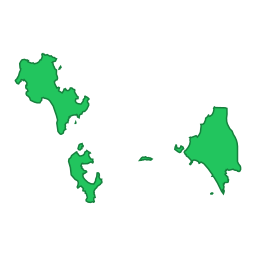 the district of Preah Sihanouk, Krong Preah Sihanouk, Cambodia
{"feature_id": "14789045B14640150427480", "entity_name": "Preah Sihanouk", "entity_type": "district", "adm_level": 2, "iso_a3": "KHM", "parent_name": "Cambodia", "parent_adm1": "Krong Preah Sihanouk", "projection": "robinson", "projection_center": [103.359, 10.662], "detail": "fine", "context": "isolated", "style": "filled", "palette": "green", "viewbox_px": 256, "rotation_deg": 0, "n_neighbors": 0, "source": "geoboundaries", "source_scale": "gbopen_adm2", "svg_char_len": 5680}
<svg xmlns="http://www.w3.org/2000/svg" viewBox="0 0 256 256"><path d="M232.1,131.1L229.7,128.6L227.5,124.3L226.7,121.6L226.5,118.1L227.0,114.2L226.9,108.4L225.1,107.8L215.4,107.6L214.4,107.0L213.6,108.4L214.0,109.1L213.4,112.1L212.1,114.7L210.1,116.2L209.6,116.3L209.0,116.0L208.6,115.1L208.3,115.3L207.6,116.6L205.7,118.2L205.5,120.0L204.1,123.3L203.0,124.2L200.8,124.4L201.1,125.3L201.1,126.4L200.4,132.2L199.3,134.5L197.4,137.1L196.1,135.7L191.3,137.5L190.4,137.2L189.8,137.5L190.2,137.8L190.0,140.3L190.3,141.6L189.6,144.7L188.1,147.5L186.0,150.2L184.8,151.0L184.2,152.2L185.3,154.3L186.0,154.4L186.2,155.6L186.6,156.1L188.1,157.0L191.1,160.3L191.3,161.0L191.0,162.4L189.7,164.0L190.1,164.5L190.4,164.6L190.9,164.2L191.4,163.0L192.2,162.5L192.7,160.5L194.0,160.0L196.8,160.6L196.9,160.9L198.4,161.6L199.1,163.3L199.7,163.1L200.1,162.5L201.2,162.1L203.9,163.7L208.3,168.8L212.7,175.0L212.1,176.2L212.9,176.1L214.0,177.2L217.5,183.0L221.5,191.2L223.4,193.8L224.1,191.6L224.1,190.4L223.7,189.9L223.1,190.8L222.8,190.7L222.6,189.8L223.6,188.9L224.0,186.8L223.5,185.6L223.5,184.1L223.9,184.4L224.6,182.6L227.8,182.3L228.2,181.7L228.4,180.3L227.9,180.0L228.4,179.5L227.9,178.8L227.7,176.9L226.7,176.4L226.6,175.7L226.0,175.5L225.1,174.4L225.1,174.0L226.3,173.4L225.3,171.4L225.7,170.4L226.3,170.5L226.4,169.6L227.1,169.8L227.6,169.3L228.3,170.1L229.1,170.2L233.1,169.2L234.3,170.0L237.3,170.6L237.7,171.2L239.0,171.5L239.8,171.1L240.6,169.5L240.6,167.7L240.3,166.2L238.6,164.0L237.5,161.7L237.5,146.3L237.1,143.0L236.4,140.3L235.1,137.3L233.4,134.5L232.1,131.1ZM43.4,54.3L42.9,53.6L41.9,54.2L42.3,56.9L41.0,59.9L40.2,59.9L38.9,61.9L37.0,63.1L34.2,63.8L33.3,62.9L31.4,63.2L28.0,61.8L28.4,60.6L27.4,60.6L27.5,60.2L27.1,59.9L26.0,60.1L24.6,59.4L22.1,59.8L20.8,61.4L19.7,63.6L20.1,68.1L20.7,68.5L20.4,70.6L19.7,71.9L18.5,76.1L17.4,77.7L17.5,78.2L15.4,80.3L15.4,80.8L16.9,83.2L18.3,83.9L18.7,83.8L19.5,82.3L21.0,81.3L20.9,80.3L21.4,79.6L22.8,79.9L23.4,80.6L23.9,80.5L24.2,79.7L26.4,82.0L27.0,83.2L26.7,84.3L26.9,85.1L26.7,85.5L25.9,85.4L25.8,87.4L26.2,88.6L27.1,88.9L28.0,91.1L26.4,92.1L26.1,93.9L26.7,95.2L28.3,96.3L29.7,97.8L30.4,100.0L30.9,100.4L34.5,102.1L37.1,102.8L39.9,102.8L40.8,101.2L41.7,100.2L41.7,98.1L43.4,97.5L44.1,98.1L46.2,98.5L48.3,99.4L49.9,100.9L53.2,106.0L56.4,115.4L57.6,120.1L56.8,123.0L58.0,131.4L59.7,133.6L60.6,134.2L61.6,134.1L63.3,133.0L63.6,131.3L64.2,130.2L65.8,129.2L65.1,127.9L65.5,126.3L65.1,124.7L66.0,123.2L66.9,122.6L67.9,122.6L67.8,122.0L68.5,120.1L68.2,119.8L69.0,118.1L69.7,117.5L69.1,117.2L69.2,116.7L72.5,115.3L74.2,114.9L75.6,115.0L76.6,114.4L76.9,114.5L77.1,114.9L76.6,114.9L77.2,115.6L77.6,117.0L79.1,117.8L79.5,115.3L79.9,114.7L81.1,114.0L81.7,114.1L82.6,112.0L83.5,111.5L84.7,111.4L86.8,109.2L88.7,105.2L88.6,103.6L87.5,102.3L87.4,100.6L89.0,99.0L87.7,97.6L85.1,96.2L84.8,96.4L85.0,97.3L84.5,98.3L83.3,99.6L83.2,101.2L80.9,104.1L78.2,103.7L76.6,103.0L75.5,101.6L75.4,100.6L75.8,98.9L78.0,98.6L78.1,96.9L77.1,96.3L74.8,92.4L74.5,91.8L74.8,90.5L74.6,89.6L73.4,89.4L72.0,88.1L70.9,87.9L70.2,88.1L69.8,89.4L68.5,90.5L67.2,90.6L66.0,90.0L66.0,89.4L65.4,88.8L65.1,89.4L64.6,89.4L64.4,89.0L64.1,89.1L63.4,91.1L62.1,92.9L58.6,90.8L59.4,87.8L58.6,87.3L56.9,88.0L54.8,83.9L54.5,82.5L54.4,81.4L55.2,80.9L55.8,80.1L57.0,79.8L57.5,78.6L57.4,77.0L56.4,74.3L56.5,70.0L54.9,68.9L54.7,68.1L54.3,67.8L54.3,67.1L53.4,65.6L52.8,62.9L52.2,62.5L53.0,61.8L55.4,61.1L56.5,58.8L55.1,58.3L54.6,57.6L52.8,57.4L51.1,55.8L49.9,56.2L47.2,54.6L45.7,55.2L45.1,54.9L44.8,55.0L44.4,54.3L43.4,54.3ZM89.0,152.2L86.8,150.5L86.5,151.1L85.0,152.0L84.3,154.0L83.1,155.2L81.2,155.9L79.8,156.0L78.9,155.3L77.9,153.8L77.1,153.4L76.9,152.0L76.4,151.9L71.6,155.6L70.7,157.7L69.0,159.0L68.6,161.3L70.4,167.6L71.2,174.9L75.1,179.4L77.7,180.8L78.3,182.8L78.0,184.9L77.2,187.0L77.9,188.0L79.9,186.4L81.1,186.1L83.4,188.6L82.9,190.2L83.0,190.8L85.2,191.2L85.4,191.7L85.2,193.1L86.3,193.6L87.3,197.3L87.2,198.0L86.1,199.7L86.2,200.9L88.1,202.1L90.5,202.4L92.7,201.7L93.5,202.2L94.2,201.8L94.3,201.5L93.7,199.6L93.8,198.5L94.1,197.5L95.1,197.4L94.4,194.4L93.9,193.9L94.2,192.9L94.1,192.2L93.8,192.1L93.9,191.3L95.2,188.9L96.7,187.6L97.3,186.3L100.3,184.3L100.9,183.3L101.8,182.7L101.9,181.9L101.5,180.4L101.6,179.3L100.5,179.5L99.3,177.8L98.9,176.5L99.4,175.9L99.1,175.0L99.3,174.2L98.7,173.2L98.0,172.8L97.1,173.0L96.8,176.4L95.7,179.3L95.5,181.1L93.8,184.0L90.9,183.8L87.8,182.3L84.8,179.5L83.3,177.5L82.8,175.5L83.2,174.5L83.0,174.3L83.2,173.5L84.5,173.5L86.7,171.9L86.2,171.0L83.9,170.4L83.0,169.5L82.9,168.9L81.7,168.2L82.0,167.0L81.2,166.6L80.9,165.7L81.4,165.1L81.7,163.8L82.3,163.3L83.1,163.5L83.2,163.8L87.7,163.6L90.5,162.1L91.6,162.1L92.4,162.9L92.8,162.8L93.2,161.9L92.6,160.3L92.8,159.3L90.8,159.0L89.0,156.3L88.7,155.1L88.9,153.4L90.3,153.0L89.9,152.4L89.0,152.2ZM179.5,148.3L177.0,148.1L177.1,147.7L176.6,146.9L176.4,145.2L176.1,145.0L175.2,147.0L174.8,149.3L178.0,151.7L179.6,152.5L180.6,152.2L181.6,150.4L182.7,149.2L183.6,148.8L183.0,147.1L181.1,146.0L180.8,146.1L180.6,147.4L179.5,148.3ZM147.1,157.8L145.5,156.8L144.2,157.3L142.8,157.1L141.6,157.8L139.6,160.4L141.8,160.2L142.9,159.7L143.5,159.9L144.2,159.5L145.3,159.4L146.8,159.9L148.3,159.7L150.8,160.1L152.1,159.0L150.4,158.0L149.7,158.1L148.8,157.6L147.1,157.8ZM81.9,146.7L83.0,146.7L83.2,145.8L82.1,144.4L82.1,143.6L80.1,144.1L79.1,144.9L78.0,148.6L78.6,149.6L80.0,150.0L81.0,149.0L81.9,148.6L81.8,147.1L81.9,146.7ZM212.2,194.0L212.8,193.3L212.6,193.0L211.6,193.0L210.8,193.6L210.9,194.0L212.2,194.0ZM61.0,67.4L60.6,66.4L59.9,67.4L60.6,67.8L61.0,67.4ZM59.8,68.9L59.8,68.0L59.4,68.1L59.1,69.1L59.8,68.9ZM75.9,122.9L75.7,122.2L75.3,123.3L75.7,123.3L75.9,122.9Z" fill="#22c55e" stroke="#15803d" stroke-width="1.5"/></svg>